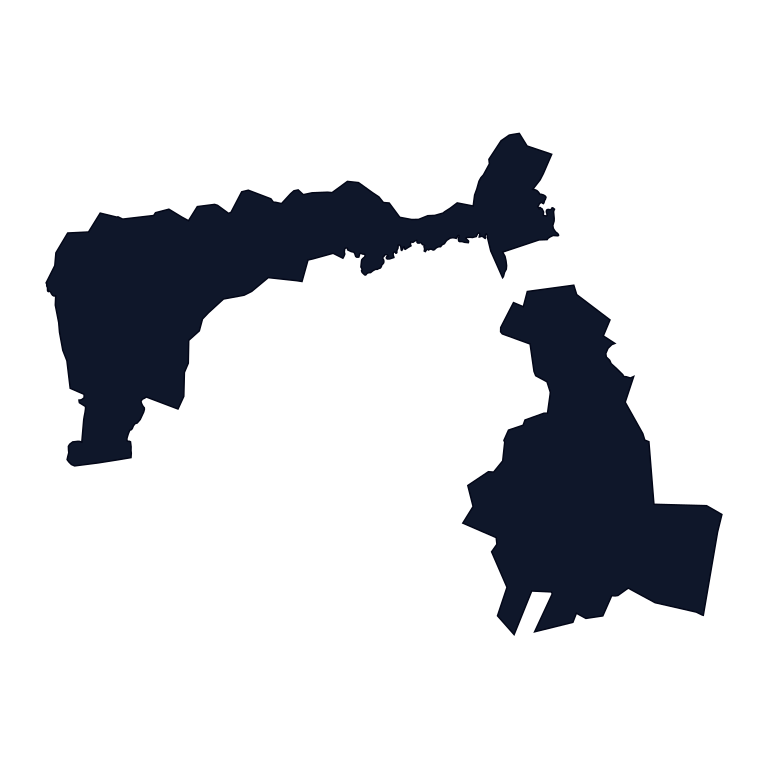 outline of Bade, Yobe, Nigeria
{"feature_id": "59680162B86291828303656", "entity_name": "Bade", "entity_type": "district", "adm_level": 2, "iso_a3": "NGA", "parent_name": "Nigeria", "parent_adm1": "Yobe", "projection": "natural_earth1", "projection_center": [10.914, 12.715], "detail": "fine", "context": "isolated", "style": "filled", "palette": "ink", "viewbox_px": 768, "rotation_deg": 0, "n_neighbors": 0, "source": "geoboundaries", "source_scale": "gbopen_adm2", "svg_char_len": 6075}
<svg xmlns="http://www.w3.org/2000/svg" viewBox="0 0 768 768"><path d="M502.6,277.7L503.0,277.2L503.5,276.3L504.6,272.2L506.3,269.2L506.6,265.7L506.0,260.7L505.0,256.3L502.6,252.1L539.1,239.9L547.2,239.6L548.0,238.3L550.3,236.8L553.1,235.5L558.0,235.8L558.6,235.2L558.2,234.2L557.1,233.0L556.0,232.3L554.5,230.4L553.3,228.4L552.8,225.5L554.1,221.1L554.2,218.5L553.6,212.0L553.8,210.8L554.5,209.2L552.9,207.9L552.1,207.8L551.8,208.3L551.8,208.8L551.6,209.2L550.7,209.5L549.8,209.7L548.1,209.4L547.1,209.7L546.6,210.2L546.3,211.2L546.5,212.7L546.9,213.6L547.0,215.5L546.4,216.0L545.9,216.0L544.7,215.6L543.9,215.7L543.4,215.4L543.3,214.0L543.6,212.6L543.5,211.7L543.1,210.9L542.6,210.2L542.4,209.4L542.0,208.8L540.7,208.1L540.4,207.6L539.7,207.5L539.3,207.9L539.0,208.5L537.8,206.6L538.6,205.4L539.2,204.0L540.1,203.1L540.9,202.6L541.8,202.5L542.7,203.3L543.4,203.6L543.8,203.0L544.3,201.7L544.5,200.5L545.3,199.5L546.0,197.2L545.3,196.1L543.6,195.0L541.3,194.3L539.6,194.1L539.0,192.8L538.1,191.7L536.8,190.5L534.6,189.6L532.7,189.4L540.1,179.9L543.4,173.5L551.7,154.3L527.1,146.0L519.3,133.4L512.4,134.5L509.2,135.1L501.1,140.7L488.9,159.3L489.4,163.9L483.4,174.9L480.9,177.7L479.0,181.2L476.8,189.0L474.6,195.0L473.2,206.0L457.2,202.9L450.2,208.2L444.4,211.9L443.2,213.0L434.8,215.4L427.8,215.7L418.6,219.4L411.6,219.5L399.8,217.3L389.2,203.0L383.4,202.5L378.9,196.9L372.7,192.8L358.5,182.6L347.4,181.4L332.1,192.6L327.6,192.2L312.1,192.8L303.6,194.6L303.0,194.4L298.2,189.9L293.9,190.8L290.6,193.7L281.7,203.4L281.1,203.5L275.7,202.3L273.4,202.2L270.9,198.8L248.3,190.2L241.7,191.8L231.0,212.3L228.6,213.4L217.5,205.3L214.6,204.4L197.3,206.6L188.5,220.7L181.9,217.1L168.9,209.2L155.5,212.7L153.7,215.5L122.7,219.1L117.9,216.8L117.1,217.2L100.2,213.1L88.5,232.0L67.7,233.0L55.9,252.8L54.8,265.6L46.1,282.9L46.7,283.2L46.7,285.2L46.8,286.2L47.3,287.1L47.5,288.0L47.5,289.8L48.1,290.2L47.6,290.8L47.9,291.3L48.4,291.6L49.1,291.3L49.8,291.4L50.7,292.2L51.0,292.5L51.2,293.4L52.1,294.6L52.6,295.3L54.0,296.0L54.5,296.0L55.1,295.6L55.7,295.8L55.3,305.1L58.7,322.6L59.5,332.2L62.8,350.3L66.9,360.7L70.2,388.3L84.1,394.3L84.1,397.7L82.0,399.4L80.4,400.0L79.0,400.0L79.0,400.8L79.4,402.7L85.5,406.5L85.5,408.9L85.0,412.5L84.2,416.6L83.7,419.8L81.8,442.2L79.7,441.4L78.0,441.3L72.7,441.9L69.7,444.2L68.4,446.3L68.5,449.9L68.8,452.7L67.8,456.4L67.1,459.6L68.9,462.0L71.4,464.5L74.6,465.9L98.2,462.9L117.9,459.8L131.0,457.6L131.3,453.2L131.0,450.6L131.1,446.8L130.5,441.8L129.5,441.3L127.5,441.2L126.9,440.1L127.0,438.1L128.3,433.8L129.8,430.2L131.1,429.8L132.2,428.7L133.4,425.8L135.0,423.7L137.2,423.0L140.2,419.5L143.7,412.0L144.4,409.3L144.3,407.8L143.1,406.4L141.9,404.3L140.9,401.6L142.2,399.3L144.7,398.1L146.3,397.0L178.0,409.0L183.8,396.4L184.4,372.4L188.3,363.2L188.7,341.0L188.9,340.2L199.3,330.9L202.5,319.0L208.5,312.7L223.5,299.0L244.1,295.2L251.7,291.4L268.3,277.6L296.9,280.7L302.0,281.5L308.0,260.0L312.8,258.9L333.1,253.3L342.9,258.2L343.8,256.6L344.4,255.2L344.8,254.0L344.3,252.0L344.7,249.0L345.3,248.2L346.1,247.9L347.4,248.2L347.6,249.0L347.6,249.8L348.3,250.2L351.2,251.6L353.9,252.2L354.8,253.7L355.2,255.0L355.7,256.5L356.8,257.2L358.8,257.1L359.4,255.2L359.6,253.9L360.7,253.3L363.1,254.2L364.3,254.1L364.9,254.7L365.1,255.7L364.7,256.9L362.7,258.6L361.8,259.7L361.5,260.9L360.9,267.0L361.6,268.1L362.1,269.4L361.5,270.7L362.1,272.4L363.4,273.7L364.7,274.9L365.7,275.0L366.5,274.0L367.4,273.1L369.0,272.7L370.6,272.6L372.7,270.9L375.3,269.4L377.4,269.3L378.6,268.6L380.4,268.0L381.3,266.7L381.8,265.0L382.8,264.0L383.7,262.8L383.9,261.1L383.6,259.8L383.0,258.9L382.7,258.0L383.0,257.2L384.0,256.2L384.9,254.7L386.9,254.8L387.9,255.5L388.0,256.5L386.8,256.7L386.3,257.5L386.5,258.5L387.4,259.0L389.7,258.9L393.9,257.5L393.7,256.4L393.3,255.5L393.1,253.9L393.5,252.5L394.4,252.0L395.4,252.1L395.7,253.1L396.5,253.1L396.9,252.5L396.8,251.5L397.1,249.8L397.9,248.5L398.1,246.8L398.1,245.2L398.8,244.9L399.7,245.1L400.3,245.8L400.8,247.0L401.0,248.3L401.2,250.0L401.8,250.4L402.5,249.4L402.8,248.0L403.4,246.9L404.3,247.0L404.5,248.9L405.3,249.3L408.5,247.2L411.0,245.8L410.6,245.1L410.5,244.0L410.8,241.9L413.0,242.3L415.2,240.8L416.7,240.4L417.0,241.2L417.0,242.3L417.6,243.0L419.2,243.1L420.3,242.6L421.2,242.9L422.5,244.6L423.6,244.9L424.6,245.6L424.0,246.4L424.2,247.4L424.5,248.3L424.5,249.7L424.2,251.0L425.3,251.6L426.8,249.5L427.9,249.5L428.7,250.0L429.7,249.2L431.6,249.2L432.5,249.8L433.6,250.0L434.7,249.5L435.3,248.6L437.2,247.3L438.9,246.7L440.6,246.7L442.2,244.7L444.4,243.7L445.9,241.4L447.1,240.1L450.2,238.1L452.8,237.7L454.9,238.0L456.2,238.4L456.6,237.6L457.2,236.8L457.8,235.6L458.7,235.4L459.2,236.1L458.9,237.1L458.4,237.8L458.3,238.8L458.7,241.0L459.6,241.6L462.2,241.6L464.5,242.3L468.3,242.7L468.6,241.8L468.5,240.9L466.8,239.4L465.9,238.4L466.4,237.6L467.7,237.4L470.5,237.3L472.5,237.5L476.3,236.5L476.6,235.6L477.2,234.7L477.7,233.5L478.7,233.0L479.6,233.4L479.8,234.4L479.4,235.7L479.2,237.0L480.0,236.9L481.0,236.3L482.2,236.5L483.4,236.9L484.3,237.9L485.2,238.4L485.6,237.8L485.1,237.0L485.4,234.6L486.4,233.9L487.1,234.8L487.3,236.5L487.6,238.0L490.8,251.2L491.3,252.2L502.6,277.7ZM655.1,602.7L696.3,612.1L702.2,615.0L703.3,615.3L717.6,531.9L721.9,514.5L706.6,505.7L654.3,504.3L653.9,503.9L648.9,441.7L644.8,440.1L642.8,433.6L625.2,402.2L633.7,376.5L630.4,378.0L626.5,376.8L623.5,376.4L622.9,374.8L616.7,368.7L611.1,363.6L609.7,360.3L606.3,357.0L605.8,353.5L608.0,348.3L611.8,344.6L614.9,343.4L603.3,335.9L610.0,319.9L576.7,294.6L573.8,285.2L527.3,291.5L523.3,306.7L513.5,302.6L500.7,327.5L500.6,331.8L502.3,333.9L530.1,344.0L534.0,371.4L535.7,375.7L547.0,381.8L550.3,392.2L550.1,394.5L547.5,413.2L544.0,413.2L525.0,420.0L523.1,425.2L508.5,430.1L503.9,440.4L504.7,442.2L502.7,460.9L493.6,472.1L488.4,471.7L467.8,485.5L473.1,506.5L462.8,523.1L496.2,537.6L496.9,544.3L491.6,551.8L507.0,587.3L497.5,615.8L514.1,634.6L531.7,591.0L551.3,591.9L552.3,593.8L534.6,631.8L572.9,622.3L576.4,613.2L585.9,618.4L602.8,615.9L611.7,595.7L615.2,595.9L617.9,595.5L628.2,588.1L655.1,602.7Z" fill="#0f172a" stroke="#020617" stroke-width="1.5"/></svg>